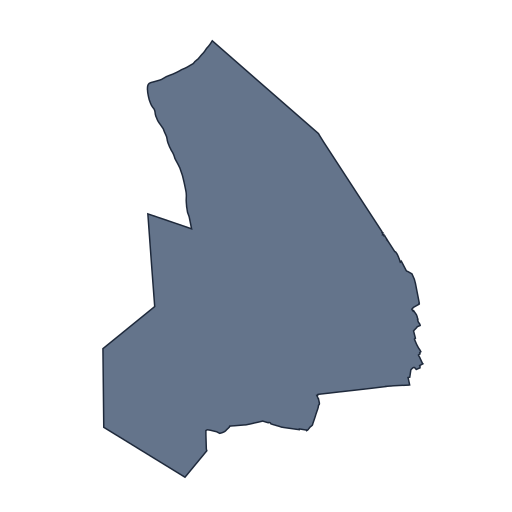 outline of Hulst, Zeeland, Netherlands, rotated 267°
{"feature_id": "6326949B4245688321620", "entity_name": "Hulst", "entity_type": "district", "adm_level": 2, "iso_a3": "NLD", "parent_name": "Netherlands", "parent_adm1": "Zeeland", "projection": "natural_earth1", "projection_center": [4.05, 51.332], "detail": "fine", "context": "isolated", "style": "filled", "palette": "slate", "viewbox_px": 512, "rotation_deg": 267, "n_neighbors": 0, "source": "geoboundaries", "source_scale": "gbopen_adm2", "svg_char_len": 5615}
<svg xmlns="http://www.w3.org/2000/svg" viewBox="0 0 512 512"><g transform="rotate(267 256 256)"><path d="M58.3,145.2L38.8,173.5L64.1,196.7L64.4,196.6L64.7,196.5L65.2,196.4L65.4,196.4L66.0,196.3L79.5,196.6L84.3,196.8L84.6,197.4L84.7,197.6L85.0,198.3L85.0,198.5L84.4,201.3L82.9,206.3L82.6,207.4L82.5,207.6L82.3,207.9L81.0,210.1L80.9,210.3L80.8,210.5L80.9,210.8L80.9,211.1L81.1,212.0L81.4,213.2L82.2,215.3L82.4,215.6L82.5,215.8L83.1,216.6L83.4,216.9L84.1,217.6L85.6,219.4L85.7,219.5L86.4,220.3L86.7,220.5L86.9,220.6L87.3,220.7L87.5,220.8L87.5,221.6L87.6,223.5L87.6,223.9L87.6,225.5L87.9,235.1L87.9,235.6L87.9,236.9L87.9,237.3L88.0,237.6L88.1,238.5L88.3,239.6L88.4,240.5L89.1,244.6L89.2,244.8L89.9,249.2L90.7,253.6L90.8,253.7L90.8,254.0L90.7,254.3L90.6,254.6L89.0,259.0L88.8,259.5L89.0,259.9L89.1,260.1L89.0,260.5L88.8,261.2L88.8,261.3L88.7,261.5L88.2,261.8L87.6,262.1L87.4,262.7L87.2,263.1L86.3,265.6L86.2,266.0L85.4,268.1L85.0,269.4L84.6,270.5L83.9,272.2L83.7,272.7L83.7,273.0L83.3,274.7L80.3,290.1L81.0,290.2L80.7,291.9L80.6,292.3L79.6,296.9L79.6,297.1L79.6,297.3L79.0,297.4L79.1,297.6L79.2,298.0L79.3,298.2L79.5,298.4L79.6,298.6L80.1,299.1L81.5,300.3L82.2,300.9L83.6,302.8L83.9,303.1L84.0,303.3L84.3,303.5L84.5,303.6L85.0,303.8L85.5,303.9L85.7,304.0L89.4,305.5L92.7,306.8L94.7,307.5L99.9,309.6L101.6,310.2L103.6,310.6L103.8,310.7L103.9,310.8L104.0,311.0L104.5,311.4L104.8,311.5L105.0,311.5L105.3,311.6L105.8,311.6L110.3,310.9L110.3,310.6L111.4,310.3L113.6,309.4L113.6,310.0L114.1,310.2L114.1,310.3L114.1,310.6L114.4,310.6L114.6,310.7L115.3,322.5L116.0,333.1L116.0,333.8L116.6,343.7L116.6,344.0L117.8,363.4L118.8,378.1L118.8,378.7L119.0,378.7L119.1,383.0L119.1,383.3L119.1,384.7L119.2,385.6L119.2,386.9L119.2,387.4L119.2,389.0L119.2,390.4L119.2,391.2L119.2,393.2L119.2,394.3L119.2,394.6L119.2,395.7L119.1,396.4L119.1,397.2L119.1,397.8L119.1,399.2L119.1,401.0L119.1,401.6L119.2,402.7L126.7,401.5L126.9,403.2L134.3,404.7L136.0,406.6L136.4,407.5L136.4,408.1L136.4,408.3L136.2,408.6L134.7,409.8L134.3,410.1L135.5,413.3L135.7,413.9L137.3,414.0L138.0,413.7L139.6,417.0L139.8,416.8L140.1,416.6L140.6,416.4L142.8,415.5L144.1,415.0L144.2,414.9L144.5,414.8L144.8,414.7L145.1,414.6L146.4,414.1L146.9,413.8L147.0,413.7L147.7,413.4L148.0,413.2L148.4,413.1L148.6,413.1L148.8,413.1L149.7,414.7L150.9,414.4L151.8,415.6L152.7,415.2L153.7,414.7L155.0,413.9L155.2,413.7L155.7,413.5L156.1,413.3L156.7,413.0L157.3,412.7L159.3,411.8L159.8,411.6L162.0,410.8L164.4,409.9L164.6,409.9L164.8,409.9L164.9,410.0L165.0,410.1L165.5,410.9L173.0,409.4L175.8,412.4L175.9,412.5L176.0,412.6L176.3,412.8L176.5,412.9L176.6,413.1L176.8,413.4L177.1,413.8L177.2,414.1L177.3,414.4L177.6,415.1L177.7,415.5L177.8,415.7L177.9,416.0L178.0,416.3L179.2,416.1L179.7,415.8L180.3,415.5L180.5,415.3L181.0,415.0L181.3,414.8L181.9,414.5L182.0,414.5L182.2,414.4L182.5,414.4L182.8,414.3L183.0,414.3L184.0,414.0L184.3,414.4L184.7,414.3L186.4,413.8L186.6,413.8L186.8,413.8L188.1,413.4L189.0,413.1L192.7,410.8L193.1,410.6L192.6,410.1L193.2,409.7L194.7,408.8L196.4,410.5L196.5,410.7L196.6,410.8L199.4,416.4L200.0,416.2L200.3,416.6L220.2,413.8L224.5,412.9L230.0,410.8L232.5,406.9L233.1,405.6L233.7,405.2L242.3,401.3L243.3,400.7L242.8,400.3L242.3,400.0L242.2,399.8L242.8,399.6L243.1,399.5L245.2,399.0L246.8,398.4L247.4,398.3L248.1,398.0L248.9,397.7L250.2,397.2L251.1,396.7L252.8,395.6L253.1,394.8L264.4,388.3L264.2,388.3L264.4,388.1L264.7,388.2L265.2,387.9L265.4,387.4L265.8,387.6L269.1,385.7L269.3,385.7L269.5,384.7L270.7,384.8L270.7,384.6L270.7,384.4L270.7,384.2L270.6,383.5L271.6,383.8L272.6,383.9L272.7,383.0L273.7,383.1L303.7,365.7L366.1,329.6L371.0,326.9L373.0,325.8L373.2,325.7L375.0,324.8L393.8,305.4L428.2,269.9L473.2,223.6L472.1,222.8L470.5,221.7L468.9,220.4L468.5,220.0L468.2,219.8L467.6,219.2L467.0,218.6L465.9,217.5L464.7,216.6L463.9,216.0L463.2,215.5L462.7,215.1L462.3,214.7L461.2,213.7L460.4,212.8L459.7,212.1L459.2,211.6L456.7,209.3L456.4,209.0L456.1,208.8L455.7,208.3L454.7,206.9L453.8,205.8L453.6,205.4L453.3,205.1L452.7,204.6L452.4,204.3L452.0,203.9L451.7,203.7L451.3,203.1L451.1,202.8L450.9,202.4L450.7,201.9L448.3,197.3L447.8,196.2L447.2,194.8L446.2,192.0L445.8,191.0L445.1,189.8L444.6,188.7L444.0,187.4L443.3,185.8L442.6,184.0L442.1,182.8L441.0,179.3L440.0,176.4L439.8,175.8L438.7,173.7L437.9,172.1L437.3,171.0L436.7,169.1L435.3,163.0L434.8,160.5L434.5,159.5L434.3,159.1L433.9,158.3L433.5,157.9L432.8,157.3L432.1,157.0L431.3,156.7L430.3,156.5L429.2,156.4L428.2,156.3L426.7,156.4L425.3,156.4L423.5,156.6L421.9,156.8L420.5,157.0L419.0,157.3L417.8,157.5L415.2,158.3L414.2,158.6L412.9,159.1L411.9,159.5L410.3,160.4L409.1,161.2L408.3,161.8L407.5,162.1L406.7,162.4L405.8,162.6L405.1,162.7L403.8,162.8L402.6,162.9L401.8,163.1L400.8,163.3L399.8,163.7L399.0,164.0L397.7,164.4L396.5,164.9L395.6,165.3L394.9,165.7L393.7,166.4L392.2,167.4L390.4,168.5L388.6,169.6L388.0,170.0L387.1,170.3L386.1,170.6L384.6,171.1L381.6,172.3L379.6,173.0L378.9,173.1L376.9,173.4L375.7,173.5L375.0,173.7L373.6,174.0L371.3,174.8L370.4,175.1L369.7,175.3L367.5,176.3L366.7,176.6L366.0,176.9L364.2,177.9L362.9,178.5L361.9,178.9L360.5,179.4L358.5,179.9L357.7,180.1L357.4,180.3L357.0,180.4L355.3,181.2L351.3,183.1L349.9,183.7L347.8,184.6L346.8,184.9L345.3,185.3L340.8,186.6L340.0,186.8L339.0,187.0L335.2,187.7L333.6,188.0L332.3,188.2L330.5,188.5L324.5,189.4L322.6,189.6L320.8,189.6L319.8,189.6L315.3,189.2L314.5,189.2L313.8,189.2L313.0,189.2L309.8,189.3L308.7,189.3L307.3,189.5L305.2,189.7L303.3,189.9L302.6,190.1L298.7,191.3L286.5,193.1L294.9,172.3L303.7,150.2L254.7,151.2L210.8,152.2L194.4,129.7L171.5,98.3L92.9,95.0L58.3,145.2Z" fill="#64748b" stroke="#1e293b" stroke-width="1.5"/></g></svg>